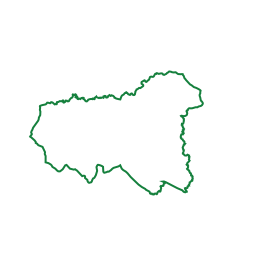 the district of Sussundenga, Manica, Mozambique, rotated 305°
{"feature_id": "85939544B81104327117882", "entity_name": "Sussundenga", "entity_type": "district", "adm_level": 2, "iso_a3": "MOZ", "parent_name": "Mozambique", "parent_adm1": "Manica", "projection": "orthographic", "projection_center": [33.326, -19.678], "detail": "fine", "context": "isolated", "style": "outline", "palette": "green", "viewbox_px": 256, "rotation_deg": 305, "n_neighbors": 0, "source": "geoboundaries", "source_scale": "gbopen_adm2", "svg_char_len": 5876}
<svg xmlns="http://www.w3.org/2000/svg" viewBox="0 0 256 256"><g transform="rotate(305 128 128)"><path d="M188.3,119.4L187.7,119.2L185.2,119.5L184.6,119.4L183.9,118.7L183.4,117.5L182.9,117.1L182.3,116.8L179.8,117.5L177.4,116.8L176.4,116.7L176.1,116.3L176.1,115.5L176.6,114.4L176.5,114.1L173.6,112.8L172.7,113.1L172.0,113.8L172.1,115.1L171.9,115.8L171.3,116.3L170.8,116.3L167.8,115.2L167.2,114.1L165.5,113.6L164.5,112.9L163.9,113.1L162.1,113.1L161.2,113.7L160.4,113.9L159.8,114.3L158.8,114.3L158.3,113.9L158.0,113.2L158.5,111.6L158.4,111.2L157.7,110.7L157.2,110.6L156.6,110.9L156.2,110.6L155.8,108.8L156.2,107.7L156.3,106.1L155.9,105.9L155.4,106.1L155.0,105.5L154.3,105.3L153.1,105.3L151.0,104.4L149.6,104.6L147.0,105.3L146.4,104.1L145.3,101.3L145.4,100.5L145.0,99.6L145.6,98.9L145.8,97.4L145.3,95.7L144.4,95.5L144.2,95.2L144.4,94.0L142.8,93.4L142.0,93.7L141.5,93.7L140.7,93.1L140.5,92.5L141.3,91.3L141.0,90.6L140.1,90.0L139.9,90.4L139.4,90.5L139.1,90.3L138.9,90.6L138.7,90.6L138.6,89.9L138.2,89.3L137.2,88.7L137.0,88.0L136.7,87.9L136.8,87.6L135.8,86.9L135.3,84.8L135.2,84.2L135.4,84.0L134.3,83.7L133.7,83.4L132.8,84.0L132.4,84.0L132.3,83.8L132.4,83.3L132.1,82.6L131.7,82.6L131.6,82.1L131.1,82.1L131.0,81.7L130.0,80.4L128.4,79.2L127.5,79.3L126.2,79.0L125.8,78.4L125.8,77.4L126.4,76.0L126.1,74.9L126.3,74.5L127.1,74.4L127.0,73.8L125.8,72.6L124.4,72.4L124.1,71.2L123.1,70.7L122.9,70.1L123.0,69.7L123.8,69.5L124.4,68.6L124.0,68.2L123.3,68.3L123.1,67.7L123.1,67.4L124.3,67.3L125.2,66.9L125.5,65.8L125.4,65.5L124.4,65.6L123.8,65.0L123.7,64.5L124.0,64.0L123.9,63.6L123.5,63.6L122.9,64.4L121.6,64.8L120.9,64.8L119.8,64.2L117.8,63.9L116.5,64.2L115.8,64.0L115.2,63.2L115.3,62.3L114.7,61.2L114.2,61.1L114.0,61.5L113.5,61.6L113.1,61.2L112.3,61.1L112.0,60.9L111.9,60.4L112.1,59.8L113.3,59.0L113.2,58.8L111.7,58.2L110.9,56.7L109.3,56.0L108.5,55.0L107.6,55.2L107.1,55.8L106.6,55.9L106.2,55.5L106.0,54.8L105.3,54.4L105.6,51.6L105.4,50.8L105.0,50.2L104.0,50.2L103.6,50.0L102.9,48.1L102.4,47.3L100.8,47.2L100.1,47.0L97.4,44.5L95.7,43.3L95.2,43.4L94.1,44.5L92.3,45.4L91.2,46.8L88.2,48.7L85.5,49.0L83.8,49.9L82.4,50.2L73.8,50.1L71.6,50.7L70.7,50.7L69.4,51.0L68.7,51.3L68.0,52.6L67.5,52.9L65.9,52.7L64.8,52.8L64.8,54.3L64.3,58.5L63.7,60.4L62.8,61.0L63.0,62.7L62.6,63.7L62.5,64.5L63.5,68.8L60.6,73.9L59.0,74.7L57.8,76.6L52.6,80.2L53.6,83.0L53.8,85.7L53.6,86.8L52.8,88.4L53.0,91.8L52.5,94.2L52.5,95.7L53.4,97.1L54.1,97.4L56.8,98.2L61.4,98.0L62.5,98.8L61.4,103.8L62.8,107.4L63.9,108.4L63.8,109.6L63.9,110.5L62.3,118.1L62.8,118.4L63.6,119.2L63.9,120.0L63.7,120.6L62.4,121.5L62.2,124.4L61.4,125.2L60.8,126.4L60.7,127.0L60.8,127.6L62.5,129.0L63.4,129.0L65.1,128.5L66.2,128.4L66.8,128.4L67.3,128.8L68.1,129.0L71.0,128.7L75.2,127.3L77.9,124.6L79.6,124.3L80.5,124.4L80.9,125.0L81.6,127.0L81.9,128.7L81.9,129.8L78.1,132.8L77.7,133.7L77.8,134.3L79.6,135.8L80.6,136.3L81.2,137.3L84.0,138.3L85.1,138.4L87.0,139.0L91.2,142.3L93.0,143.0L91.1,146.2L90.8,148.2L91.0,151.2L90.7,153.5L89.4,158.3L87.7,169.1L87.6,173.2L88.0,177.2L87.7,178.1L88.2,182.0L87.9,182.6L87.1,183.5L87.0,184.1L87.9,184.9L88.0,185.3L87.6,185.8L88.2,187.1L88.7,187.5L89.2,187.2L89.8,187.8L90.2,188.3L90.3,189.5L90.8,189.6L92.3,189.1L93.9,189.4L94.3,189.6L94.2,190.7L94.6,190.9L95.6,190.6L96.5,190.1L97.7,189.7L98.5,188.8L98.6,188.4L98.8,188.1L99.3,188.2L99.4,188.8L100.2,189.1L100.5,189.8L100.9,190.1L101.4,190.0L102.1,189.5L103.2,189.3L103.5,189.8L104.2,189.9L104.8,189.7L104.4,188.9L104.1,187.3L104.8,188.1L105.3,190.1L107.0,202.9L108.1,208.2L107.7,210.0L107.8,210.9L108.3,211.9L109.1,212.2L109.5,212.7L109.8,212.5L110.4,210.3L111.3,209.2L111.8,209.5L112.1,210.4L113.0,211.0L113.7,210.8L114.0,210.4L114.3,210.3L115.0,210.7L115.8,210.5L116.0,210.9L116.4,210.4L117.7,210.5L118.2,210.0L118.8,209.7L119.3,210.0L121.1,210.3L121.6,210.9L122.4,210.6L122.7,210.0L123.6,210.1L124.2,209.6L124.5,209.0L125.4,208.7L125.7,207.5L125.4,207.3L125.3,206.9L126.2,206.3L126.9,205.5L126.7,204.7L127.3,203.9L127.4,203.2L128.2,202.6L128.2,200.2L128.4,199.8L129.9,200.0L130.7,199.2L131.4,199.1L132.1,198.0L131.5,197.3L131.6,197.0L132.7,197.0L133.3,196.7L133.7,196.7L135.9,197.2L136.7,197.1L136.8,196.5L137.2,195.9L138.7,195.4L138.9,195.0L139.5,194.9L139.4,194.3L140.5,193.8L140.3,192.1L138.9,191.6L138.2,190.5L138.1,189.9L138.5,188.8L138.4,187.7L138.9,187.3L140.6,187.1L141.1,186.7L141.9,186.5L141.9,185.6L142.6,185.1L143.1,184.2L143.5,183.9L144.1,183.9L144.7,183.6L145.4,183.7L146.1,183.3L146.8,183.8L147.2,183.7L147.9,183.8L147.8,182.9L149.1,182.1L149.4,181.2L149.3,180.3L150.0,179.4L149.8,178.8L149.9,177.8L150.3,177.5L150.2,177.0L151.0,176.2L151.5,176.1L152.3,175.6L153.5,175.4L154.1,176.0L154.2,176.6L155.6,176.7L156.1,175.9L155.9,175.0L156.0,174.6L156.9,174.6L157.4,174.3L157.5,175.0L158.8,174.5L159.3,174.5L159.5,173.6L160.0,173.1L159.9,172.7L160.8,171.8L160.7,171.5L161.2,171.0L161.3,170.3L161.5,170.3L161.6,170.7L161.9,170.6L162.1,169.9L162.3,169.8L162.4,170.1L163.3,170.6L164.0,170.5L165.2,169.9L166.0,169.7L166.5,169.0L167.3,168.8L167.6,168.5L167.9,167.1L168.4,166.2L168.1,165.1L168.3,164.5L168.7,164.7L169.7,166.9L170.6,167.9L172.0,168.6L172.7,168.6L174.0,168.1L174.5,167.6L175.1,166.5L175.5,166.2L176.2,166.2L176.4,166.7L176.7,166.8L178.1,166.4L179.1,166.7L179.3,166.8L180.2,168.3L181.0,169.3L183.8,171.5L184.8,173.0L186.1,173.5L187.8,175.0L189.2,175.5L190.6,175.4L191.2,175.1L191.6,174.5L192.1,173.2L192.0,172.8L192.7,171.4L194.3,169.8L195.5,168.2L196.4,167.6L197.9,167.3L199.0,166.5L200.2,166.1L200.4,165.6L200.4,163.9L200.0,160.9L199.3,158.5L199.5,155.6L199.3,153.8L200.6,147.9L201.0,146.9L201.1,145.9L202.7,143.6L202.9,142.6L203.5,141.9L202.1,140.0L201.1,138.4L200.9,137.7L201.0,135.1L199.6,133.4L198.9,131.9L198.8,131.1L198.4,130.2L197.9,129.3L196.3,128.9L195.7,128.5L194.3,128.3L192.2,127.1L191.9,126.0L192.3,125.2L192.2,124.5L191.3,123.3L190.0,122.2L189.5,120.2L188.5,120.1L188.3,119.4Z" fill="none" stroke="#15803d" stroke-width="2"/></g></svg>